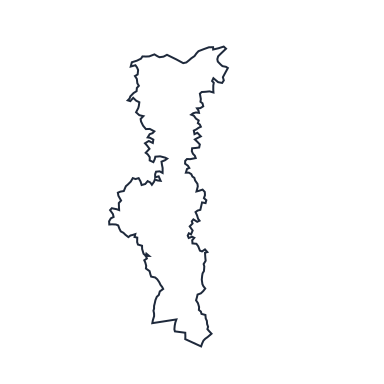 São Pedro do Iguaçu, Paraná, Brazil, rotated 65°
{"feature_id": "56859067B95101539762084", "entity_name": "São Pedro do Iguaçu", "entity_type": "district", "adm_level": 2, "iso_a3": "BRA", "parent_name": "Brazil", "parent_adm1": "Paraná", "projection": "mercator", "projection_center": [-53.891, -24.887], "detail": "fine", "context": "isolated", "style": "outline", "palette": "slate", "viewbox_px": 384, "rotation_deg": 65, "n_neighbors": 0, "source": "geoboundaries", "source_scale": "gbopen_adm2", "svg_char_len": 3936}
<svg xmlns="http://www.w3.org/2000/svg" viewBox="0 0 384 384"><g transform="rotate(65 192 192)"><path d="M294.1,283.4L300.9,260.0L303.3,262.3L305.9,264.2L309.0,266.0L311.1,266.4L316.7,257.6L320.0,259.0L322.5,260.3L335.8,249.0L333.7,247.0L331.5,244.4L330.6,242.0L330.1,239.3L328.7,234.2L325.0,235.4L322.8,236.0L321.0,234.4L318.0,234.1L315.1,233.0L312.4,233.0L309.1,231.8L306.5,234.9L304.1,234.5L301.8,235.6L299.3,234.2L295.3,233.6L291.9,234.1L289.6,232.1L287.3,230.3L287.6,226.8L286.6,223.8L285.1,220.8L282.1,221.5L279.9,221.5L275.6,220.2L272.2,218.2L270.2,216.8L268.7,214.6L266.8,213.5L264.6,212.3L262.2,211.9L260.1,208.7L257.2,207.7L252.6,205.9L252.9,203.5L249.5,204.5L250.1,208.0L248.5,209.6L243.8,209.3L240.8,209.9L238.8,213.3L235.8,212.2L234.5,209.3L232.6,210.8L232.3,214.4L229.7,214.3L228.1,212.3L230.0,210.8L227.2,207.7L222.2,208.6L220.8,204.8L218.5,204.6L217.4,202.3L221.2,199.9L221.2,197.3L218.8,197.8L215.4,197.3L211.7,197.3L211.2,194.7L211.7,192.0L205.7,187.3L207.8,184.4L205.5,182.5L202.6,183.8L200.4,181.6L197.4,180.4L194.3,181.4L193.9,184.9L193.4,187.7L189.4,184.4L186.9,183.6L182.9,184.3L180.1,183.9L178.2,185.1L175.5,185.1L173.1,186.7L171.9,189.4L169.0,186.8L169.1,184.3L166.5,184.6L163.4,186.3L160.9,185.0L160.0,182.6L161.5,179.7L162.8,174.3L160.3,174.1L157.7,175.0L154.9,174.9L152.4,173.4L153.6,170.2L154.7,166.7L152.2,164.8L148.9,165.9L145.6,167.2L145.4,164.5L145.3,160.5L140.6,162.1L140.6,165.3L137.1,164.4L137.1,161.7L136.6,159.0L136.6,156.4L134.2,156.4L132.1,157.6L130.0,155.7L127.2,157.4L123.6,158.1L121.6,160.0L121.1,157.6L121.6,154.8L123.2,152.2L120.9,151.7L118.3,152.1L119.5,149.0L119.1,145.6L116.1,145.0L113.8,146.2L111.5,144.7L106.2,143.3L105.5,140.9L106.9,137.4L108.2,133.6L110.9,130.5L108.3,129.5L104.5,127.7L102.2,126.1L99.9,126.9L97.9,124.5L103.5,121.9L105.9,118.6L104.3,116.0L101.0,115.5L94.8,107.1L92.9,108.3L90.8,111.2L88.5,112.2L84.7,113.5L82.3,112.9L80.1,111.0L79.0,108.0L76.5,100.6L73.6,101.8L72.9,107.3L71.8,112.6L69.7,111.7L68.0,115.4L67.5,120.9L67.1,126.6L68.3,129.5L69.9,132.3L70.5,136.0L71.4,139.1L72.2,142.4L71.5,145.5L65.3,150.1L57.1,156.7L57.3,160.6L56.1,164.5L54.4,165.9L51.4,167.9L51.0,173.5L49.8,176.4L48.2,179.6L49.6,181.9L49.7,186.4L49.0,191.7L52.4,194.5L53.2,189.7L55.9,189.2L58.7,189.3L62.5,191.6L62.8,194.7L66.2,194.2L70.4,195.6L73.3,195.3L74.4,198.0L77.2,199.6L77.6,203.1L79.3,207.5L80.9,209.1L81.8,211.5L83.6,209.5L81.8,205.5L85.7,204.0L88.4,201.8L91.5,203.8L93.2,205.2L96.1,209.0L100.1,207.3L102.7,204.0L104.1,207.7L106.6,208.4L111.2,208.3L115.5,207.2L117.0,203.6L121.1,200.5L122.0,202.9L121.7,205.9L123.8,209.1L125.1,207.2L128.2,204.9L131.0,206.8L127.5,209.6L128.0,214.0L130.9,213.1L134.9,212.3L136.9,217.4L139.2,216.2L142.6,215.6L145.5,217.0L148.6,214.4L146.6,212.0L144.5,210.3L146.2,205.8L149.5,201.8L151.3,200.4L151.8,203.1L151.6,206.8L154.2,207.6L157.9,208.5L162.3,210.6L159.6,212.6L158.4,216.0L160.3,217.9L163.2,219.2L163.7,215.6L168.6,215.7L167.1,218.2L165.0,220.4L166.6,222.0L168.5,225.3L165.7,225.8L163.4,227.6L165.0,231.0L164.4,234.7L160.7,234.2L156.9,234.5L156.4,237.7L154.4,239.8L156.7,243.1L158.1,247.0L158.8,249.5L162.3,253.4L161.4,256.8L161.3,259.5L164.3,260.3L169.8,259.9L171.1,263.0L175.1,264.7L177.6,265.7L175.8,267.5L174.2,269.7L172.8,271.5L173.8,273.9L178.6,273.0L181.5,273.6L181.6,276.7L183.5,279.5L186.5,280.7L187.5,278.1L189.3,274.7L191.1,273.0L194.5,273.3L197.6,273.2L200.0,271.4L202.7,270.4L206.0,268.7L205.4,266.2L205.9,263.7L206.2,261.2L208.5,263.1L210.2,260.9L214.2,262.9L216.8,263.2L219.6,260.0L222.6,261.3L227.5,262.0L230.4,260.8L233.2,261.0L233.7,264.1L236.0,264.1L239.5,264.7L241.9,266.1L245.8,263.9L248.9,264.5L251.4,264.8L253.9,261.5L256.4,260.4L260.0,259.8L262.8,259.8L265.4,259.2L267.7,259.1L268.5,263.2L271.3,265.6L272.1,268.2L274.5,270.8L277.0,272.7L279.2,274.5L281.7,275.7L283.3,277.1L286.0,277.7L288.5,278.8L291.6,281.6L294.1,283.4ZM230.4,260.8L228.6,259.4L231.8,257.9L230.4,260.8Z" fill="none" stroke="#1e293b" stroke-width="2"/></g></svg>